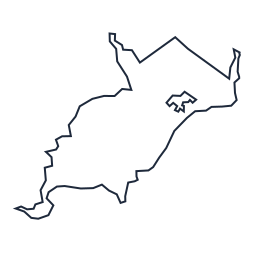 the district of Nukus, Karakalpakstan, Uzbekistan, rotated 272°
{"feature_id": "79887680B81962210104758", "entity_name": "Nukus", "entity_type": "district", "adm_level": 2, "iso_a3": "UZB", "parent_name": "Uzbekistan", "parent_adm1": "Karakalpakstan", "projection": "orthographic", "projection_center": [59.493, 42.543], "detail": "fine", "context": "isolated", "style": "outline", "palette": "slate", "viewbox_px": 256, "rotation_deg": 272, "n_neighbors": 0, "source": "geoboundaries", "source_scale": "gbopen_adm2", "svg_char_len": 1359}
<svg xmlns="http://www.w3.org/2000/svg" viewBox="0 0 256 256"><g transform="rotate(272 128 128)"><path d="M221.4,111.8L221.8,106.3L213.9,106.8L206.7,113.4L194.2,114.9L179.3,125.2L166.2,130.0L166.8,120.8L159.5,113.5L159.2,102.9L155.9,91.4L148.0,79.0L137.6,75.2L128.9,68.7L117.9,71.2L117.4,62.4L113.8,56.4L107.4,58.9L104.0,56.9L101.3,46.8L96.2,52.6L87.6,53.5L85.4,46.2L72.8,47.7L62.8,42.8L51.0,45.3L48.4,38.1L44.0,36.5L43.2,30.0L45.8,23.9L43.6,18.6L40.9,27.2L34.8,34.5L34.2,41.5L38.1,51.5L48.1,56.1L54.9,49.1L61.1,50.9L67.0,59.0L67.8,66.7L65.9,82.9L66.7,95.3L70.5,103.9L64.8,111.2L61.3,119.1L52.9,123.2L54.6,127.9L59.7,127.6L73.5,130.1L75.0,136.6L76.6,139.5L79.8,138.2L85.2,137.9L86.3,149.9L89.8,154.5L99.5,160.2L109.3,166.9L126.7,174.4L140.1,186.5L147.1,194.5L148.1,205.4L152.0,210.7L152.7,221.3L153.9,230.4L159.7,235.6L166.8,233.7L177.2,232.8L181.6,237.4L183.1,237.3L188.1,235.6L201.3,235.9L204.9,237.2L206.4,236.7L207.4,236.9L210.3,230.9L202.1,232.8L192.1,228.2L180.8,227.4L209.3,185.1L220.4,172.0L193.8,137.6L205.9,129.2L206.1,120.4L210.7,119.1L214.9,111.8L221.4,111.8ZM162.0,171.5L161.9,179.3L166.2,183.3L158.7,195.1L155.5,191.7L158.2,188.9L156.0,187.3L155.6,182.2L152.5,181.3L152.0,183.1L146.5,183.2L149.2,179.3L146.1,177.7L147.5,174.3L151.6,176.4L154.7,172.3L151.3,168.8L154.6,165.6L162.0,171.5Z" fill="none" stroke="#1e293b" stroke-width="2"/></g></svg>